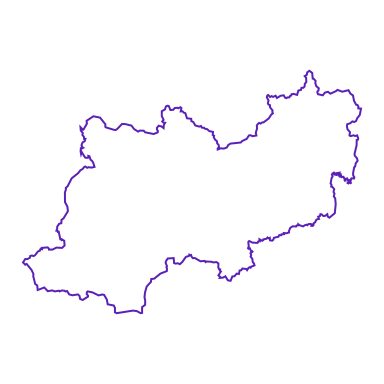 the district of Befandriana Nord, Sofia, Madagascar
{"feature_id": "10022922B32579750162608", "entity_name": "Befandriana Nord", "entity_type": "district", "adm_level": 2, "iso_a3": "MDG", "parent_name": "Madagascar", "parent_adm1": "Sofia", "projection": "albers", "projection_center": [48.822, -15.151], "detail": "fine", "context": "isolated", "style": "outline", "palette": "violet", "viewbox_px": 384, "rotation_deg": 0, "n_neighbors": 0, "source": "geoboundaries", "source_scale": "gbopen_adm2", "svg_char_len": 5960}
<svg xmlns="http://www.w3.org/2000/svg" viewBox="0 0 384 384"><path d="M361.0,108.6L358.3,108.4L358.4,106.6L357.6,105.1L356.1,104.7L354.0,100.7L353.0,95.5L350.4,93.6L348.5,90.2L342.3,91.7L337.5,89.9L336.0,91.1L330.4,93.7L328.0,91.8L324.9,92.6L322.8,95.3L318.0,94.2L317.3,92.4L317.6,91.2L318.4,90.6L318.8,88.3L316.3,86.2L315.3,83.1L315.6,80.9L313.5,78.6L312.7,78.6L312.2,72.9L309.4,70.8L307.2,72.4L306.9,74.7L304.7,76.1L306.1,77.7L306.3,82.1L304.8,83.8L304.6,86.5L303.3,87.8L301.5,87.8L300.9,90.0L298.4,90.5L297.1,94.9L293.6,93.9L291.5,94.3L291.2,95.5L290.0,96.0L289.3,97.4L287.4,97.4L286.4,98.2L285.1,97.7L283.7,95.3L280.5,95.8L276.9,98.0L275.6,95.7L273.1,96.9L271.6,96.1L270.1,97.0L268.2,95.0L267.3,95.5L266.8,97.3L268.5,100.4L267.9,103.3L268.5,104.6L269.9,105.1L270.1,107.4L272.6,110.5L272.3,112.0L272.9,113.4L271.3,114.5L268.7,118.5L263.5,122.4L262.2,122.4L260.6,123.6L259.1,122.9L257.5,124.4L256.8,125.6L257.1,128.3L255.8,132.7L256.4,135.5L252.6,136.2L250.5,135.2L248.9,135.5L246.7,138.9L242.2,141.0L240.8,142.5L230.4,143.6L228.2,145.1L226.8,147.5L223.9,148.6L220.8,148.3L217.7,149.5L217.7,148.4L219.0,147.3L218.6,144.9L217.2,143.4L216.9,141.1L215.4,140.0L213.7,137.3L214.1,135.7L212.7,135.0L213.0,131.9L209.3,131.1L207.2,129.2L204.7,128.6L204.1,127.8L201.8,127.6L201.0,126.0L199.2,126.6L195.2,125.4L193.4,122.1L191.4,121.1L191.2,118.8L187.0,118.3L185.3,113.1L183.7,112.6L182.4,111.2L180.7,111.4L181.4,108.1L180.4,107.2L178.2,108.3L177.4,107.8L174.8,108.0L173.2,109.8L170.4,110.0L168.8,106.1L167.7,105.7L166.0,106.4L164.9,109.5L161.8,111.2L161.8,116.2L163.6,119.9L162.2,121.4L163.3,122.6L165.1,122.8L163.8,125.1L163.6,128.1L161.4,126.4L158.7,125.7L156.9,127.9L157.0,129.6L157.9,131.0L157.7,132.4L153.7,134.0L145.1,132.3L143.7,130.7L139.8,130.6L138.2,131.6L134.1,129.1L131.5,125.6L125.3,124.1L122.1,123.9L117.2,129.0L115.7,130.0L114.3,129.9L105.9,127.4L105.3,126.8L105.4,124.3L100.0,117.6L93.4,116.3L86.6,120.8L86.9,123.6L83.6,129.4L83.0,129.8L80.5,127.2L80.8,130.6L82.8,133.0L82.4,134.9L83.9,136.8L84.1,138.9L85.4,138.9L84.6,141.3L82.7,142.3L81.9,144.0L81.5,145.4L82.3,146.6L81.4,147.6L82.8,148.0L80.8,149.0L80.6,151.5L81.1,154.1L81.8,152.2L85.0,157.4L86.3,157.9L88.4,157.6L88.3,155.9L89.4,156.2L90.5,159.6L92.1,160.9L93.3,163.0L94.5,166.9L91.6,167.6L88.5,167.2L87.2,167.8L85.3,166.5L84.3,166.9L82.6,169.0L80.4,170.3L78.2,173.1L71.7,178.3L67.6,186.3L65.8,187.9L65.9,189.5L64.9,192.5L65.0,202.1L67.4,206.7L67.9,211.2L63.5,218.4L61.5,219.9L61.3,223.2L59.1,223.8L57.2,226.7L57.2,228.7L56.4,230.7L57.5,230.9L57.8,231.9L58.7,231.7L60.3,239.2L61.5,239.1L61.7,240.1L62.6,239.8L64.2,240.7L64.6,245.5L62.1,247.9L56.4,247.6L52.4,249.6L49.0,249.6L48.9,248.6L47.7,247.4L41.8,247.9L42.0,249.2L40.8,248.9L40.1,249.5L40.0,250.6L37.9,251.5L35.0,255.3L33.4,256.1L32.0,255.5L30.2,256.0L29.9,257.7L27.4,259.1L25.3,259.0L23.0,262.4L25.2,264.7L26.6,263.9L31.5,269.9L33.5,274.1L33.2,276.0L35.2,284.0L37.2,285.4L37.7,290.0L44.3,287.5L47.8,291.2L52.2,290.4L54.8,291.4L58.9,290.7L59.6,291.4L61.7,290.5L64.4,290.7L65.5,291.5L67.1,291.0L69.2,294.4L72.5,295.3L77.9,294.4L79.5,295.9L80.1,298.9L82.7,300.0L88.0,296.6L88.0,295.6L86.7,294.0L86.9,292.2L87.7,291.4L92.5,292.4L98.6,295.4L102.3,294.5L104.1,294.9L106.8,299.5L107.7,304.3L113.8,305.5L115.0,308.1L114.9,312.2L116.6,313.2L133.0,310.6L136.8,311.1L140.7,313.2L142.1,312.9L142.1,307.1L145.1,304.9L145.2,300.5L144.5,297.4L145.0,292.5L146.7,286.5L151.0,281.8L151.2,279.1L154.3,278.6L160.4,273.6L166.8,271.1L167.0,268.7L166.4,267.3L167.0,266.2L165.6,262.8L166.1,261.0L167.7,258.5L173.7,258.1L174.1,263.1L175.5,263.6L177.9,263.3L179.8,264.2L182.2,262.1L185.9,256.9L189.0,255.9L189.3,254.7L190.2,255.3L191.1,255.0L191.6,256.7L192.9,258.2L194.8,258.0L200.5,261.3L204.8,260.9L205.6,262.1L206.5,261.5L211.9,261.8L213.0,262.4L216.5,262.1L218.4,263.4L218.3,267.4L219.0,269.1L220.1,269.4L219.8,270.6L220.9,271.5L218.4,275.4L220.3,277.0L219.8,277.9L223.0,277.6L225.4,276.3L227.8,280.3L230.6,280.8L232.3,276.5L234.5,276.2L236.7,273.6L238.9,274.0L239.6,270.5L241.3,270.2L242.4,268.5L246.4,269.0L247.1,270.1L248.6,267.8L249.7,267.2L250.6,267.7L251.1,266.7L254.5,265.4L254.0,263.4L252.8,262.3L252.3,258.8L250.6,256.6L251.2,255.0L250.5,253.2L252.5,251.7L252.1,251.1L251.0,251.2L250.0,248.4L248.5,248.8L248.0,248.1L248.8,246.6L248.3,242.3L248.7,241.3L249.5,241.1L252.4,242.6L257.5,242.9L258.4,241.3L259.8,241.3L259.5,239.3L262.2,240.8L263.3,240.1L263.3,239.4L266.6,238.7L267.5,237.5L268.5,238.3L269.8,237.8L270.0,240.3L272.2,240.7L273.3,239.7L273.9,237.8L278.5,236.7L279.1,235.2L281.2,235.2L281.5,234.3L283.9,234.2L283.8,233.0L286.3,233.3L289.0,232.5L288.9,231.3L290.2,227.9L292.7,226.3L296.1,226.5L296.6,225.5L298.0,225.4L298.2,224.2L299.2,225.1L303.1,226.4L304.9,225.2L306.6,224.7L307.4,225.2L308.5,224.1L310.1,223.9L311.7,224.3L311.3,225.8L312.5,225.9L313.4,225.4L313.7,223.2L315.3,222.2L315.8,220.5L316.8,219.4L319.0,218.9L318.2,216.7L319.9,216.1L320.4,214.2L321.5,214.3L323.4,216.0L325.2,215.8L327.3,214.2L327.8,216.6L329.4,217.7L334.8,213.2L335.7,204.3L335.2,198.3L333.8,196.4L334.5,193.6L333.5,192.0L334.2,189.1L332.3,186.9L331.2,186.6L331.5,184.6L330.6,183.6L331.6,178.0L332.6,176.5L331.9,174.4L334.0,172.6L335.2,173.4L333.5,173.4L334.3,174.5L336.6,175.0L336.9,173.1L339.4,172.7L338.5,174.7L339.6,176.6L340.1,176.6L340.2,174.7L340.7,174.3L341.7,177.2L343.5,176.8L343.9,177.9L344.9,178.6L344.5,179.9L344.9,180.7L345.5,180.6L345.2,179.9L346.0,178.9L347.1,178.4L348.6,181.4L347.6,183.0L348.4,183.4L349.1,182.2L350.4,183.2L350.9,182.9L350.7,182.2L349.4,181.4L349.0,180.0L350.8,180.2L351.3,178.4L351.8,178.3L354.8,178.6L354.0,178.1L354.3,177.2L353.2,175.4L353.1,173.0L354.2,167.2L355.1,166.5L355.8,163.2L357.6,160.7L357.0,158.3L354.8,155.7L354.5,154.1L356.6,145.4L356.7,140.0L358.0,139.6L358.2,138.4L357.2,135.4L355.2,136.0L353.6,135.3L350.6,136.1L349.5,135.5L350.0,132.2L347.5,129.2L346.9,126.2L347.2,124.3L350.3,123.2L352.4,121.4L354.3,122.0L356.1,121.0L357.1,118.4L359.8,114.9L361.0,108.6Z" fill="none" stroke="#5b21b6" stroke-width="2"/></svg>